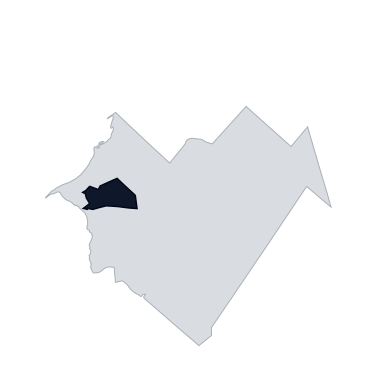 Boutilimitt, Trarza, Mauritania (highlighted), rotated 43°
{"feature_id": "47542326B79459539986617", "entity_name": "Boutilimitt", "entity_type": "district", "adm_level": 2, "iso_a3": "MRT", "parent_name": "Mauritania", "parent_adm1": "Trarza", "projection": "orthographic", "projection_center": [-14.406, 17.884], "detail": "fine", "context": "in_parent", "style": "filled", "palette": "ink", "viewbox_px": 384, "rotation_deg": 43, "n_neighbors": 0, "source": "geoboundaries", "source_scale": "gbopen_adm2", "svg_char_len": 3844}
<svg xmlns="http://www.w3.org/2000/svg" viewBox="0 0 384 384"><g transform="rotate(43 192 192)"><path d="M171.3,317.3L170.9,317.1L168.8,315.7L167.8,314.0L166.1,312.7L163.9,311.8L162.4,310.9L161.7,309.8L160.9,309.0L160.0,308.7L159.9,308.3L160.1,307.7L159.9,306.7L158.5,304.4L157.3,303.4L156.3,303.6L155.7,303.3L155.3,302.8L155.1,302.1L154.4,301.4L153.2,301.2L152.2,299.5L151.4,296.4L150.4,294.0L149.2,292.3L148.3,291.7L147.7,291.5L147.5,291.3L147.3,290.8L146.4,290.6L145.1,291.1L143.9,291.0L143.3,290.1L142.5,290.0L141.4,290.7L140.3,290.5L139.1,289.4L138.4,288.3L138.2,287.3L136.1,285.1L132.0,281.8L127.4,280.3L122.6,280.5L119.8,280.4L119.2,279.8L118.6,279.9L118.0,280.5L117.4,280.6L116.7,280.3L116.3,280.5L116.1,281.4L114.4,281.8L111.1,281.8L108.5,282.3L106.5,283.3L103.6,283.7L99.9,283.5L97.7,283.1L97.0,282.5L95.9,282.4L94.5,282.7L93.3,284.3L92.2,287.2L91.3,288.8L90.6,289.2L89.8,291.4L89.3,295.0L88.7,296.6L88.7,287.5L89.8,284.2L90.2,281.2L92.5,274.7L95.3,269.4L97.8,262.3L98.8,255.4L98.5,248.6L97.9,242.6L96.6,238.6L95.5,232.9L93.8,229.8L90.6,227.2L89.9,225.6L90.6,225.0L92.6,224.7L93.9,222.6L91.2,223.4L94.3,217.1L95.3,212.8L95.2,210.0L95.8,208.2L93.5,204.4L91.8,199.6L90.9,198.9L89.9,198.5L89.8,199.6L89.3,200.6L88.1,200.0L86.2,196.5L83.5,190.8L82.5,190.2L81.7,191.0L81.2,191.7L80.2,196.4L79.9,194.5L80.4,192.3L81.1,189.7L81.9,185.9L84.3,185.9L88.6,186.0L97.2,186.1L101.5,186.1L110.1,186.1L114.4,186.2L123.0,186.2L127.3,186.2L135.9,186.2L140.2,186.1L148.8,186.1L153.1,186.1L156.0,186.0L155.8,183.4L155.6,181.3L155.4,178.4L155.2,175.6L155.0,172.8L154.8,170.1L154.7,167.4L154.5,165.0L154.3,162.7L154.1,161.4L153.1,158.8L152.9,157.6L153.2,156.2L153.8,154.9L155.4,152.6L157.9,150.8L160.8,148.7L162.9,147.1L164.1,146.7L167.5,146.1L170.2,144.9L172.8,143.7L173.9,143.0L174.0,140.8L173.2,92.5L186.0,92.3L189.3,92.2L212.9,91.7L216.3,91.6L233.4,91.2L233.3,88.9L233.1,85.6L232.9,81.2L232.7,76.7L232.3,68.8L232.2,65.5L235.6,67.6L242.6,71.8L246.0,73.8L253.0,78.0L260.0,82.1L266.9,86.3L270.4,88.3L274.0,90.4L277.5,92.5L281.0,94.5L288.0,98.6L291.0,100.3L295.5,103.1L299.8,105.7L304.0,108.2L297.7,108.6L289.3,109.0L283.5,109.2L277.6,109.5L272.1,109.8L272.8,114.3L273.6,119.2L274.4,124.2L275.2,129.1L276.0,134.1L278.4,149.0L279.2,153.9L280.0,158.9L280.8,163.8L281.6,168.8L283.2,178.7L284.0,183.7L284.8,188.7L285.6,193.7L286.3,198.6L287.1,203.6L288.7,213.6L289.5,218.5L290.3,223.5L291.0,228.5L291.8,233.5L292.6,238.4L293.4,243.4L294.1,248.4L295.7,258.4L296.4,263.3L297.2,268.3L298.0,273.3L298.7,278.1L301.1,280.5L304.1,283.6L303.4,288.2L302.7,293.6L301.8,299.6L293.9,299.9L286.0,300.3L266.4,301.1L262.5,301.2L242.8,301.9L238.9,302.0L231.3,302.3L229.0,302.2L228.2,301.7L227.8,298.7L227.2,298.9L226.4,299.8L226.0,300.8L226.2,302.1L226.1,303.2L223.5,303.6L220.1,304.5L216.5,305.1L212.9,305.0L211.6,304.8L210.3,304.4L207.4,304.0L205.8,304.0L204.0,304.1L201.9,304.4L201.2,305.0L199.6,307.3L198.1,310.0L197.1,310.0L195.9,308.6L192.7,305.9L188.9,302.4L187.1,300.6L186.2,300.4L184.4,301.7L182.9,303.0L181.3,304.7L180.5,306.4L180.0,308.4L179.7,310.7L179.2,313.4L177.9,315.6L176.3,317.3L175.2,318.1L174.7,318.5L171.3,317.3ZM92.6,218.7L91.4,220.6L90.8,219.9L90.7,218.6L91.7,216.8L92.3,215.8L93.2,215.5L92.6,218.7Z" fill="#d9dde1" stroke="#a8b0b8" stroke-width="1"/><path d="M127.9,233.1L120.7,250.2L121.6,253.3L121.6,253.6L121.5,254.2L115.6,256.7L115.2,256.9L113.6,257.4L113.3,258.3L113.3,261.6L113.3,263.5L112.3,266.8L115.2,266.0L118.5,268.2L118.7,268.4L125.0,270.2L124.4,274.2L123.7,278.1L125.1,277.3L127.2,276.2L127.0,275.1L131.4,272.3L132.5,270.3L132.9,269.8L133.0,269.5L133.3,269.2L133.5,268.8L133.7,268.4L133.8,268.2L134.0,267.9L134.3,267.4L134.5,267.1L138.6,260.7L139.8,259.7L142.4,257.5L148.1,252.9L151.2,250.7L157.0,246.5L163.1,241.6L152.9,233.2L150.4,233.1L146.2,233.2L133.5,233.2L127.9,233.1Z" fill="#0f172a" stroke="#020617" stroke-width="1.5"/></g></svg>